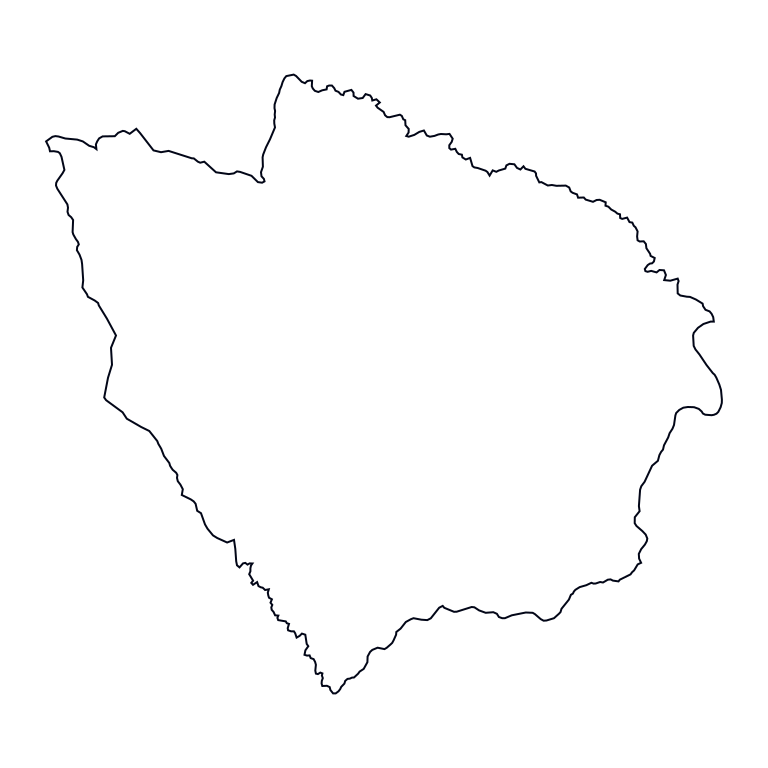 outline of Paranaíba, Mato Grosso do Sul, Brazil
{"feature_id": "56859067B8941554822277", "entity_name": "Paranaíba", "entity_type": "district", "adm_level": 2, "iso_a3": "BRA", "parent_name": "Brazil", "parent_adm1": "Mato Grosso do Sul", "projection": "albers", "projection_center": [-51.392, -19.551], "detail": "fine", "context": "isolated", "style": "outline", "palette": "ink", "viewbox_px": 768, "rotation_deg": 0, "n_neighbors": 0, "source": "geoboundaries", "source_scale": "gbopen_adm2", "svg_char_len": 6041}
<svg xmlns="http://www.w3.org/2000/svg" viewBox="0 0 768 768"><path d="M713.8,321.6L713.2,317.1L711.6,313.8L709.6,311.4L705.5,309.8L703.1,306.2L702.6,303.6L695.9,299.5L690.0,296.9L686.8,296.7L680.3,295.5L677.7,293.4L677.5,284.6L678.6,281.1L677.7,278.6L670.3,280.7L664.2,280.1L665.9,275.0L664.0,270.3L659.5,270.0L656.6,272.4L651.2,270.9L647.6,271.8L645.4,271.1L644.8,269.0L647.7,265.1L649.9,263.6L652.1,263.3L653.9,261.5L654.7,258.0L650.6,255.9L650.1,253.8L646.4,248.2L645.9,244.0L643.7,241.3L639.7,241.5L637.6,240.3L637.1,236.5L637.6,231.4L635.5,227.3L633.8,225.8L632.3,222.6L629.5,222.1L627.1,217.6L622.2,218.9L620.2,218.0L620.0,214.3L617.4,213.6L615.2,211.7L611.2,209.5L608.4,206.7L605.5,205.7L605.7,202.3L599.7,199.8L596.6,200.0L593.0,201.8L585.7,199.6L583.8,197.5L578.1,197.7L577.0,194.4L572.6,192.8L570.7,191.4L569.2,187.5L565.8,185.6L556.4,185.8L551.9,185.0L547.8,185.5L541.4,182.1L539.3,182.4L536.1,175.8L536.0,173.4L534.6,171.5L525.4,168.8L523.5,166.3L520.4,169.5L517.0,167.9L514.4,164.3L509.5,163.8L506.4,165.4L505.3,168.6L498.8,170.5L496.3,171.8L492.7,170.4L489.6,175.6L487.4,172.0L485.6,170.7L477.7,168.0L474.3,167.4L472.5,166.1L470.1,157.9L465.8,159.5L462.4,157.4L461.9,154.7L458.7,154.0L456.8,151.9L455.3,148.8L451.0,149.6L449.3,148.1L449.3,145.2L451.7,141.9L452.7,138.7L449.5,133.9L446.3,134.3L440.9,134.0L438.2,134.5L434.5,135.9L429.9,136.7L426.8,135.5L423.9,130.5L419.3,131.9L414.3,134.9L408.7,136.7L406.3,136.0L408.6,132.5L408.7,128.9L405.5,125.3L405.2,120.2L403.3,119.3L401.8,115.9L399.9,114.7L389.6,117.2L387.3,117.1L385.1,115.3L383.6,111.9L377.6,107.7L376.0,105.6L379.8,102.5L376.4,99.3L372.3,100.5L371.8,97.9L370.2,95.5L365.6,94.1L362.7,98.0L358.0,98.7L353.6,96.0L353.5,92.6L351.4,89.9L344.5,91.8L343.3,95.1L340.9,94.5L338.5,91.9L335.5,90.7L334.2,88.1L331.9,85.5L329.2,85.5L327.1,86.3L326.6,89.4L322.2,90.3L318.3,92.0L314.8,90.8L312.8,88.5L311.8,86.2L312.1,80.7L310.0,80.5L307.3,81.1L305.0,83.2L301.7,81.8L296.1,76.0L293.7,74.6L286.3,76.1L284.4,78.4L282.6,82.1L281.4,86.1L279.8,89.6L279.1,93.0L276.7,98.0L274.6,104.5L274.5,108.2L275.1,111.0L274.7,114.5L275.0,117.5L274.2,120.3L274.3,123.6L275.0,127.4L270.0,139.3L266.0,147.3L263.2,154.5L262.6,157.3L262.9,166.7L261.0,172.2L261.5,176.3L263.9,178.9L264.5,181.4L262.1,182.7L257.9,182.1L251.5,175.8L240.1,171.9L237.0,171.4L233.8,173.4L228.8,174.1L216.0,172.3L204.3,161.7L200.2,162.7L197.9,161.7L193.8,158.4L191.8,158.3L168.6,150.9L161.0,152.2L153.5,150.4L140.1,133.1L136.3,128.8L129.7,133.8L124.8,131.2L122.8,130.9L118.2,132.8L114.8,136.2L102.6,136.4L99.1,138.4L97.2,141.4L95.9,144.4L96.4,149.1L93.9,147.2L89.2,145.8L82.8,141.4L77.2,139.6L65.3,138.5L58.5,136.5L55.4,136.1L52.4,136.8L46.1,141.4L49.2,147.7L50.0,151.3L53.9,151.2L58.0,151.9L59.8,153.2L61.5,156.8L64.4,169.9L62.6,173.2L57.3,180.7L56.2,182.9L56.0,185.5L57.3,188.7L67.4,204.4L68.0,207.7L67.5,211.8L68.6,215.0L71.2,217.2L73.1,220.0L72.6,232.1L73.3,234.5L75.9,239.1L77.9,241.8L78.8,244.4L77.2,246.9L76.9,250.2L79.5,254.6L81.5,259.9L82.1,264.0L83.2,280.4L82.4,287.5L87.0,294.3L87.9,296.8L94.7,300.5L98.1,303.0L98.8,305.4L106.9,318.6L116.0,335.5L111.0,347.8L112.0,364.8L108.0,377.8L104.2,397.5L106.1,400.2L122.6,412.3L126.8,418.7L141.2,427.0L149.3,431.0L157.3,441.1L158.3,443.8L161.2,448.7L164.0,456.0L169.3,463.0L170.1,465.8L171.4,467.9L172.7,469.8L176.2,472.8L177.4,475.0L177.0,477.9L177.8,481.2L180.4,484.6L182.8,489.2L181.8,495.0L190.8,499.4L193.7,501.4L195.6,503.8L197.2,510.8L201.0,513.2L205.0,524.4L207.5,528.7L213.0,535.4L217.2,538.0L227.1,542.5L234.0,539.9L235.3,548.8L236.2,561.3L237.0,565.3L239.5,567.4L243.0,563.4L245.3,562.9L247.5,564.6L249.6,563.4L252.4,563.5L251.0,565.5L250.4,568.2L250.4,571.3L249.2,574.2L253.1,580.7L251.3,582.9L253.0,584.8L257.1,582.1L258.5,586.1L260.8,587.3L262.7,587.7L265.1,590.0L268.8,589.3L267.8,592.7L268.3,595.5L269.0,597.7L271.9,599.3L270.5,602.7L272.3,604.9L271.3,607.4L271.7,609.8L273.6,612.0L275.1,615.3L278.3,615.6L277.4,617.9L278.2,620.1L285.8,621.4L286.8,623.2L289.0,623.9L287.7,628.2L288.1,630.3L291.0,631.3L293.9,631.3L295.2,633.3L296.6,637.6L299.6,635.9L301.9,633.6L305.3,634.7L306.7,643.9L308.3,646.2L305.4,650.3L304.5,654.8L307.0,655.6L309.6,655.4L310.7,658.1L313.6,659.1L315.1,661.9L315.9,664.8L315.3,670.6L315.9,673.6L317.9,674.1L320.3,672.6L322.4,673.4L321.9,675.5L322.8,678.1L321.8,680.9L321.6,683.5L322.3,686.0L326.9,685.8L329.7,687.1L330.4,690.0L333.1,693.4L335.7,693.4L338.5,691.3L340.2,689.1L341.2,686.9L344.4,683.6L345.2,680.9L347.5,678.9L349.9,678.6L352.0,677.6L354.0,677.5L358.1,673.7L359.6,671.6L363.7,668.9L367.4,662.2L367.6,656.5L370.1,651.9L372.3,649.9L377.6,647.7L384.5,649.1L386.7,647.8L390.5,644.5L392.2,642.9L393.6,640.3L396.1,634.7L396.3,632.0L400.6,628.6L405.8,622.0L410.9,619.2L413.5,618.2L421.4,619.7L427.3,620.1L430.8,618.3L439.2,607.7L442.7,605.9L444.3,607.8L454.0,611.8L456.7,611.7L471.7,607.0L474.4,607.3L479.1,610.4L485.7,612.8L493.3,612.2L496.9,613.8L498.9,617.0L502.2,618.2L504.9,618.2L511.8,615.3L525.8,612.5L532.7,612.8L534.9,614.1L540.7,619.1L543.6,620.7L546.5,620.5L554.0,618.2L559.0,613.7L560.5,612.1L561.5,608.8L568.9,599.6L570.9,594.8L572.9,593.6L573.9,591.5L575.4,589.8L579.7,587.1L586.3,585.2L591.4,582.8L593.6,583.6L595.7,583.5L600.1,582.0L603.0,582.5L607.8,579.7L610.6,579.4L612.9,580.6L618.5,581.4L619.8,579.7L630.5,574.4L632.1,572.2L634.1,570.4L637.7,564.4L641.1,562.8L639.1,558.6L638.8,553.9L641.2,549.1L644.9,544.6L646.8,541.2L647.3,538.5L645.7,534.6L642.4,531.1L636.5,526.0L634.7,523.2L634.8,517.2L639.6,511.2L638.9,506.1L640.1,489.7L641.3,486.2L644.6,481.8L652.1,465.7L657.9,460.8L659.4,455.1L661.1,451.9L663.0,449.6L664.0,445.3L668.2,437.4L669.6,433.2L672.5,428.7L674.0,425.0L675.4,415.4L676.2,413.0L679.3,409.9L683.3,407.7L687.8,407.0L694.1,407.2L698.8,408.9L701.7,411.5L702.9,413.5L705.2,414.7L711.6,415.2L713.9,414.8L716.5,413.7L718.3,411.9L720.6,407.3L721.8,403.0L721.9,399.7L721.0,389.9L719.3,384.5L716.3,377.6L714.6,374.7L712.8,373.1L706.5,365.0L699.4,354.4L695.5,349.5L693.7,345.9L693.1,335.5L693.8,332.8L698.0,327.8L703.4,324.0L710.6,321.6L713.8,321.6Z" fill="none" stroke="#020617" stroke-width="2"/></svg>